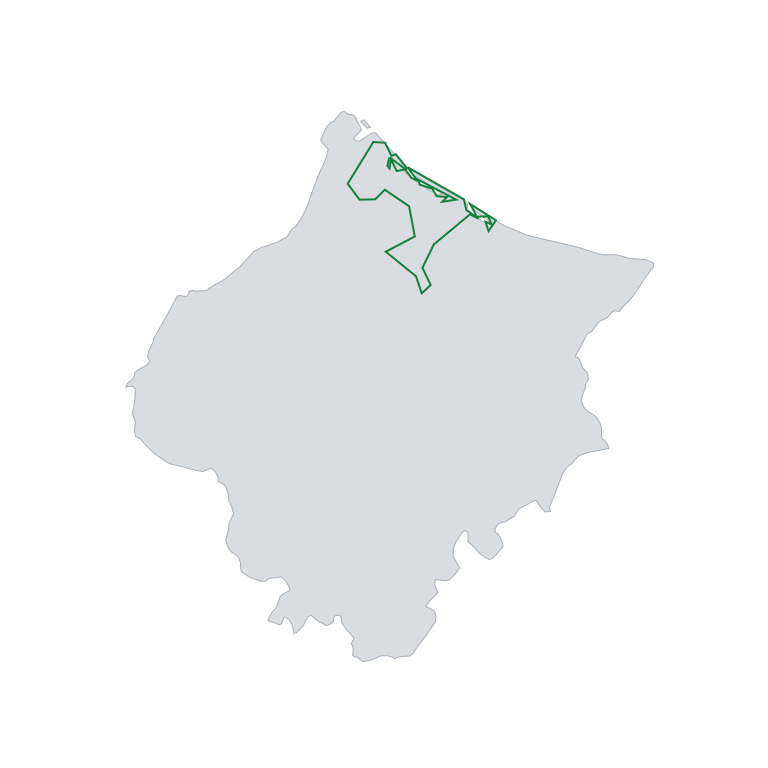 Lagunes highlighted on a map of Ivory Coast, rotated 217°
{"feature_id": "CIV-3458", "entity_name": "Lagunes", "entity_type": "Department", "adm_level": 1, "iso_a3": "CIV", "parent_name": "Ivory Coast", "parent_adm1": "", "projection": "robinson", "projection_center": [-4.434, 5.74], "detail": "coarse", "context": "in_parent", "style": "outline", "palette": "green", "viewbox_px": 768, "rotation_deg": 217, "n_neighbors": 0, "source": "natural_earth", "source_scale": "10m", "svg_char_len": 4334}
<svg xmlns="http://www.w3.org/2000/svg" viewBox="0 0 768 768"><g transform="rotate(217 384 384)"><path d="M210.4,170.8L212.5,170.8L218.0,169.0L223.0,164.8L227.7,156.2L234.0,149.3L241.0,149.8L243.1,148.6L245.6,148.3L248.5,152.9L251.5,156.3L253.6,156.4L255.2,163.0L268.1,165.7L273.6,167.5L278.2,172.3L279.9,172.4L281.8,171.4L283.4,169.7L283.7,167.9L281.7,163.6L282.6,159.7L284.7,156.2L288.0,156.0L293.0,155.1L298.7,155.0L303.0,155.7L304.7,152.2L303.1,142.5L303.6,137.1L304.3,132.6L305.9,130.7L312.2,136.4L318.1,138.5L322.3,138.6L323.4,137.6L321.7,131.4L322.2,129.5L323.7,128.4L326.5,127.8L333.9,125.2L334.7,125.7L336.1,135.5L335.4,138.7L337.0,145.4L338.9,151.5L338.8,154.0L337.2,157.9L335.3,161.4L335.5,162.8L338.4,165.2L344.1,167.6L350.0,168.2L353.3,164.6L356.7,161.7L359.1,159.1L359.9,155.2L363.7,152.4L374.3,148.9L384.2,148.3L386.5,149.4L391.0,154.8L396.6,158.5L405.2,158.1L411.4,160.3L416.7,164.4L420.3,173.6L424.3,180.3L426.0,189.7L432.2,194.7L437.1,196.9L443.7,203.8L450.6,207.3L457.7,206.5L461.0,210.1L466.3,212.6L471.5,212.8L476.2,204.9L482.3,201.8L497.9,195.4L504.0,192.6L510.2,190.8L525.2,190.2L539.1,192.1L546.0,193.6L550.7,192.5L555.2,196.3L559.8,204.2L563.6,206.7L567.5,209.4L570.4,215.7L573.8,221.8L575.6,224.6L579.8,230.7L583.4,230.8L586.9,228.1L588.4,226.2L589.1,230.2L587.7,236.7L588.0,240.8L590.0,242.3L588.9,247.5L584.8,256.3L584.8,261.6L588.9,263.2L591.8,268.8L593.6,278.3L595.3,281.5L595.5,283.4L598.4,306.4L602.1,329.5L599.8,332.5L596.6,333.4L594.6,334.5L594.0,336.6L595.3,339.8L594.4,342.7L590.5,344.7L581.8,352.0L581.2,354.9L579.0,361.2L577.1,365.0L574.2,372.0L569.8,390.8L568.1,406.3L567.9,411.0L566.1,414.4L564.2,419.2L554.8,432.5L550.0,443.3L550.6,448.0L550.9,452.8L549.4,456.2L549.7,465.4L550.9,473.1L552.6,480.6L559.4,501.9L562.9,514.9L565.1,525.3L567.1,532.3L568.9,535.2L569.7,537.9L579.8,539.8L581.7,541.3L584.5,555.0L584.0,561.1L582.1,563.4L582.1,568.6L581.7,575.1L580.2,577.7L574.5,578.0L570.7,580.4L565.6,579.5L565.1,577.9L562.4,577.3L554.9,573.6L556.1,561.8L552.7,561.3L550.0,562.8L544.6,577.0L542.1,579.5L504.6,572.2L496.5,566.3L486.8,564.9L469.8,565.6L455.8,567.4L451.8,570.9L487.1,568.8L490.9,569.2L492.7,571.4L448.0,576.1L430.9,578.8L425.9,578.1L422.0,573.5L403.5,573.0L399.7,574.5L397.4,577.8L404.7,577.1L416.2,576.9L419.3,579.5L383.3,582.8L358.3,589.2L347.7,593.9L312.8,609.4L291.5,616.8L286.0,619.5L276.3,627.1L263.9,631.8L249.9,640.8L241.4,642.8L239.5,639.9L239.3,624.8L238.1,604.6L238.5,596.8L239.7,589.6L239.7,583.5L244.0,581.3L245.1,578.7L245.7,570.9L249.7,563.7L249.8,551.3L251.0,548.7L251.9,545.4L250.2,537.2L248.0,521.8L247.0,520.8L246.0,521.4L243.8,521.7L235.0,516.4L228.3,515.4L223.6,510.9L223.3,505.7L220.9,502.7L219.4,496.7L217.0,489.8L210.4,485.6L204.1,484.6L199.7,485.5L194.4,485.3L188.5,483.0L184.4,480.3L180.5,475.3L176.9,471.3L174.0,471.8L170.5,470.9L167.0,469.0L165.9,467.6L180.4,451.6L185.3,443.8L185.9,439.0L185.9,434.2L187.5,429.2L187.9,421.7L180.0,394.2L178.0,385.7L175.8,383.2L174.5,382.3L178.5,378.8L184.1,379.7L192.7,382.5L194.5,379.7L201.0,365.9L200.9,360.7L200.2,357.2L204.0,347.7L207.1,344.0L208.6,340.1L208.1,334.7L205.9,332.7L202.9,333.0L199.3,331.7L193.8,328.6L191.1,325.9L191.9,313.3L192.5,309.5L194.4,307.2L197.4,306.6L205.9,306.2L212.7,307.7L218.8,308.5L222.0,308.5L224.6,312.2L228.0,316.0L231.1,316.0L232.2,313.1L231.5,300.8L229.5,294.2L224.9,287.9L213.0,282.6L212.7,275.0L213.9,266.9L216.5,263.9L225.4,258.7L223.8,255.9L221.0,252.9L215.4,249.9L216.7,240.2L217.0,231.5L212.2,232.5L207.3,233.0L203.2,230.3L199.8,225.0L199.2,210.5L199.2,193.6L198.6,186.2L199.9,182.2L204.1,178.6L208.7,173.9L210.4,170.8ZM560.8,579.7L558.8,582.9L549.3,580.8L551.6,578.1L560.8,579.7Z" fill="#d9dde1" stroke="#a8b0b8" stroke-width="1"/><path d="M528.4,577.3L515.3,570.7L512.9,574.6L496.3,570.3L495.2,568.4L514.8,568.4L515.7,567.2L512.6,560.3L509.3,559.5L513.7,567.8L502.1,561.8L496.1,568.2L486.4,565.1L478.1,567.0L475.7,564.7L462.9,569.0L455.0,565.7L446.1,571.3L447.1,564.6L437.3,574.7L482.2,567.3L495.7,571.3L431.4,579.6L423.0,572.5L407.9,572.9L417.4,571.3L428.2,525.5L423.2,499.9L406.3,491.2L408.4,479.1L423.3,489.3L462.2,490.7L448.2,520.4L471.0,541.1L500.3,539.6L502.2,526.1L514.5,516.5L533.5,522.1L538.2,570.8L528.4,577.3ZM400.5,574.6L394.1,576.2L401.6,580.5L410.7,573.6L423.6,579.6L393.1,582.1L392.5,569.0L400.5,574.6Z" fill="none" stroke="#15803d" stroke-width="2"/></g></svg>